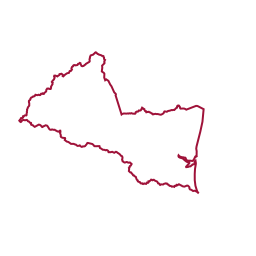 Moma, Nampula, Mozambique (orthographic projection), rotated 308°
{"feature_id": "85939544B26201267157646", "entity_name": "Moma", "entity_type": "district", "adm_level": 2, "iso_a3": "MOZ", "parent_name": "Mozambique", "parent_adm1": "Nampula", "projection": "orthographic", "projection_center": [39.158, -16.396], "detail": "fine", "context": "isolated", "style": "outline", "palette": "rose", "viewbox_px": 256, "rotation_deg": 308, "n_neighbors": 0, "source": "geoboundaries", "source_scale": "gbopen_adm2", "svg_char_len": 5769}
<svg xmlns="http://www.w3.org/2000/svg" viewBox="0 0 256 256"><g transform="rotate(308 128 128)"><path d="M169.3,63.7L168.8,63.0L168.8,62.0L167.9,59.8L168.0,59.3L167.6,58.4L167.8,57.7L167.7,57.0L167.9,56.6L167.8,56.0L166.9,55.6L165.9,55.7L165.3,55.4L164.4,55.4L162.2,53.9L160.3,54.4L159.8,54.9L158.5,55.3L157.1,56.7L156.3,56.8L152.5,55.3L151.7,55.4L150.9,55.0L149.6,54.8L148.5,53.9L148.3,53.1L149.3,51.1L149.8,50.6L149.6,49.9L148.3,49.7L147.8,49.2L146.6,49.4L146.0,49.0L145.1,47.9L144.8,47.8L144.5,46.8L143.8,46.5L143.4,46.4L142.7,46.7L141.8,46.3L140.8,46.5L139.9,46.9L139.6,47.8L138.5,47.9L137.7,47.8L137.5,47.3L136.9,47.0L135.1,47.5L133.6,46.3L131.5,45.6L128.8,45.2L128.7,44.5L129.8,43.9L129.8,42.2L128.3,40.9L127.6,41.3L126.1,40.8L125.9,40.6L125.2,40.6L124.6,38.5L123.9,37.7L123.2,37.9L122.4,39.3L121.8,39.3L121.0,39.7L119.8,39.7L119.2,39.5L117.4,39.6L117.3,39.8L117.4,40.7L116.6,41.0L116.2,41.5L113.2,41.9L112.2,42.7L111.1,43.0L110.5,42.2L110.2,41.5L110.3,41.2L109.6,40.6L109.4,40.1L107.9,40.1L106.4,41.0L104.0,40.5L103.0,40.7L102.6,40.2L102.8,39.4L102.6,39.2L101.9,39.1L101.4,38.4L100.1,38.6L99.9,38.5L99.3,37.8L99.3,37.2L98.0,36.3L97.2,34.6L95.6,34.8L95.1,34.5L94.6,33.8L93.8,33.8L92.4,33.0L91.7,33.0L90.8,33.1L90.4,33.5L89.4,33.5L88.7,33.2L88.1,33.4L87.1,34.3L86.8,34.9L84.8,36.4L82.5,36.4L81.8,36.8L80.3,37.1L79.6,37.8L78.6,38.2L78.1,38.8L77.1,39.1L75.8,40.1L75.3,40.1L75.1,39.7L74.2,38.8L73.1,38.7L72.8,38.1L72.0,38.3L71.7,38.8L71.2,38.8L70.7,38.5L70.0,37.6L69.5,37.6L68.8,38.0L67.9,37.8L66.9,37.8L66.6,38.7L66.7,39.8L67.2,40.0L68.5,39.9L69.8,40.4L70.7,42.1L72.1,43.3L72.1,44.0L71.7,44.9L72.1,45.9L71.8,47.5L72.3,48.4L72.0,48.9L71.4,49.1L71.0,49.7L71.6,51.5L71.4,52.4L71.5,53.8L75.7,55.6L76.2,56.5L76.3,57.6L75.9,59.8L76.2,60.1L77.3,60.2L77.6,60.6L79.4,61.4L80.0,62.7L79.9,63.5L78.7,66.7L78.7,67.6L79.2,68.5L80.1,69.0L80.7,70.4L81.5,71.3L81.5,72.6L81.8,73.2L81.8,74.2L82.2,75.3L82.7,75.7L83.9,75.9L84.2,76.3L83.8,76.8L82.9,77.4L82.3,77.4L81.0,79.5L80.1,80.0L79.7,80.8L79.9,82.3L81.3,84.5L81.0,85.0L79.6,85.5L79.6,88.1L80.3,89.7L80.4,92.9L82.1,95.0L82.3,96.1L82.8,97.1L82.7,98.3L82.9,99.4L84.1,100.5L84.6,100.7L84.4,101.6L84.6,103.1L85.3,103.7L85.8,103.8L86.4,104.7L87.3,105.3L89.8,105.4L91.1,105.2L91.5,105.5L93.4,109.7L93.4,110.9L93.0,112.7L94.0,114.1L95.5,115.8L95.7,116.4L96.1,116.7L95.0,118.3L95.3,119.7L95.3,121.4L96.4,123.1L96.6,124.0L96.8,124.3L97.4,124.6L97.8,125.5L97.7,126.6L97.0,127.4L97.1,127.9L97.8,128.5L98.1,129.1L99.5,130.2L100.0,132.4L101.8,133.1L102.1,133.8L102.0,135.4L102.2,135.9L102.2,138.2L101.8,139.3L102.1,140.6L101.8,141.0L101.7,141.5L101.0,142.1L99.3,142.9L99.2,143.4L98.4,144.3L98.6,145.0L98.5,145.8L98.8,146.8L100.3,147.8L100.6,148.3L100.8,149.5L102.0,150.7L101.9,151.4L102.0,152.8L101.7,153.1L99.9,153.3L99.1,152.9L98.3,153.1L97.9,153.5L97.1,153.3L96.5,154.1L94.6,155.2L94.4,157.1L94.9,158.0L94.5,158.8L94.3,160.4L93.9,161.1L94.3,161.9L94.0,162.7L94.3,164.2L92.9,166.3L92.6,167.2L92.7,168.0L92.1,168.4L92.0,168.8L92.1,169.4L92.7,170.6L92.5,171.2L92.2,171.7L92.2,172.1L92.5,172.7L93.1,173.1L93.2,173.6L93.0,174.1L93.1,174.4L94.3,174.9L94.4,175.5L95.1,176.6L95.5,176.4L96.1,176.8L96.7,176.6L97.3,177.6L98.2,177.6L98.6,177.0L99.7,177.8L100.8,178.1L101.5,178.0L101.9,178.6L101.9,179.5L103.1,180.2L103.1,181.6L103.7,183.9L103.3,185.2L102.9,185.8L103.4,187.0L102.9,188.0L102.9,188.4L103.9,188.8L105.2,190.5L106.1,190.7L107.7,191.9L107.7,192.4L108.2,192.9L107.9,194.0L108.3,194.6L108.0,196.3L108.3,196.9L108.7,197.4L108.8,198.8L109.7,199.4L110.1,200.7L111.2,200.5L111.8,201.4L113.1,201.2L113.3,201.6L113.4,202.3L114.8,202.6L115.1,203.0L115.3,204.8L115.6,205.5L115.6,206.7L116.2,208.0L116.6,208.6L118.9,209.9L119.4,210.7L119.3,212.1L119.1,212.9L118.1,213.7L117.8,214.7L118.3,216.0L118.4,218.1L119.5,219.0L119.8,219.6L120.2,221.8L120.1,223.0L120.3,223.0L120.5,221.9L121.6,220.1L124.0,216.7L128.0,212.7L132.7,209.0L137.0,206.0L141.4,203.6L142.2,203.0L143.7,201.4L142.6,201.3L141.8,201.7L141.6,202.3L140.8,202.3L140.6,202.6L140.3,202.6L139.0,201.3L138.1,201.3L137.5,201.0L136.3,200.9L135.8,200.2L134.3,199.3L133.0,198.0L133.1,197.7L133.5,197.6L134.2,197.8L135.2,197.7L137.6,198.0L138.2,197.9L138.8,197.3L137.7,195.8L137.5,194.6L137.5,192.1L137.7,190.8L137.6,189.7L137.1,188.2L136.7,187.6L136.4,185.9L137.0,184.9L137.6,184.7L137.4,185.8L137.6,187.0L138.3,188.7L139.0,189.7L139.0,190.2L139.8,191.2L139.7,192.2L139.0,192.9L138.8,194.2L139.0,195.1L140.6,197.2L141.6,199.0L142.3,199.3L144.3,199.2L146.9,198.6L147.3,198.7L147.1,199.2L147.9,199.4L148.7,200.0L148.3,199.4L148.4,199.1L152.0,196.4L153.7,194.5L155.6,193.4L169.5,187.3L178.8,182.8L189.4,176.0L188.2,169.6L187.9,168.8L187.3,168.0L178.3,162.6L178.3,161.7L177.8,160.1L175.6,157.4L175.7,156.9L176.6,155.8L177.0,154.3L176.6,153.6L175.8,153.4L175.7,153.9L174.9,153.6L174.2,154.1L173.5,153.7L170.7,153.4L170.3,152.7L169.5,152.1L169.0,151.3L167.3,150.2L166.1,149.1L164.7,148.6L163.7,146.7L163.3,146.5L161.7,146.9L160.7,146.7L159.1,146.0L158.4,145.3L157.3,142.8L156.5,141.9L156.0,140.8L154.1,139.3L154.4,138.5L154.0,138.1L154.0,136.1L153.6,135.3L153.6,134.4L152.6,133.6L152.3,132.7L151.7,132.6L151.8,132.3L152.3,131.9L151.9,130.9L152.3,130.0L152.9,129.3L152.5,128.5L152.8,128.3L152.7,126.6L149.9,127.2L148.9,126.6L148.6,125.8L146.9,125.7L146.5,124.9L145.3,124.4L145.0,124.4L144.2,124.9L143.6,124.8L142.3,123.0L141.7,121.4L141.0,121.1L140.4,120.0L139.7,119.6L139.5,119.0L138.5,118.1L136.9,115.8L135.5,114.8L134.7,114.6L146.1,98.1L146.7,98.0L147.2,97.6L147.4,97.0L147.6,95.2L150.7,89.3L151.3,87.2L153.1,83.5L152.9,80.9L151.6,80.6L153.1,78.2L156.2,76.0L156.6,74.9L156.4,73.2L156.5,72.5L159.7,70.6L161.2,69.2L164.5,69.6L164.9,69.4L165.3,68.7L165.8,68.6L166.1,68.2L167.5,68.0L167.5,67.0L167.9,66.4L168.8,65.7L168.9,65.0L169.5,64.4L169.3,63.7Z" fill="none" stroke="#9f1239" stroke-width="2"/></g></svg>